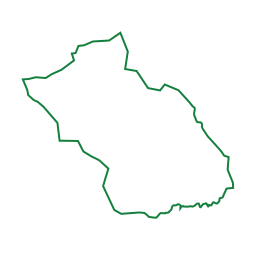 Caxir, Arhangay, Mongolia, rotated 257°
{"feature_id": "93677404B64236093980900", "entity_name": "Caxir", "entity_type": "district", "adm_level": 2, "iso_a3": "MNG", "parent_name": "Mongolia", "parent_adm1": "Arhangay", "projection": "albers", "projection_center": [98.445, 47.977], "detail": "fine", "context": "isolated", "style": "outline", "palette": "green", "viewbox_px": 256, "rotation_deg": 257, "n_neighbors": 0, "source": "geoboundaries", "source_scale": "gbopen_adm2", "svg_char_len": 2193}
<svg xmlns="http://www.w3.org/2000/svg" viewBox="0 0 256 256"><g transform="rotate(257 128 128)"><path d="M220.2,113.2L218.5,103.9L219.1,98.2L212.8,93.7L213.2,90.0L206.0,90.6L199.7,76.3L197.6,65.8L195.2,59.1L198.2,49.5L198.1,42.3L199.0,36.5L187.7,38.4L182.5,38.2L176.5,42.4L173.7,46.0L167.6,50.5L160.6,54.2L148.9,60.4L131.0,58.5L128.7,68.0L126.6,76.3L123.6,77.1L122.1,77.5L120.8,77.8L120.7,77.8L115.1,79.3L111.0,83.5L108.4,86.1L106.8,88.2L103.1,92.6L102.9,92.7L102.6,93.0L92.9,99.7L88.7,97.4L85.2,95.3L77.0,90.7L71.7,91.8L59.6,94.4L58.8,94.5L58.2,94.7L56.8,95.0L51.2,96.2L45.9,102.1L44.1,113.7L43.2,119.7L42.3,122.6L41.6,124.8L39.9,126.3L36.7,128.4L35.3,131.9L34.2,135.3L35.7,137.6L36.6,138.7L37.5,139.9L37.7,140.6L37.6,141.2L36.5,145.1L36.9,145.7L36.9,146.1L36.6,147.1L36.5,148.0L36.8,149.0L37.2,149.5L37.6,149.7L38.2,151.2L38.8,151.8L39.5,152.4L40.9,152.9L41.8,153.8L42.4,154.8L42.4,155.2L42.2,155.8L41.9,156.8L41.9,157.5L42.4,159.0L42.2,160.2L41.6,161.1L40.8,161.7L39.5,161.4L38.0,161.0L39.0,162.1L39.6,163.5L39.6,164.1L39.0,164.6L38.8,164.9L38.6,165.8L38.4,166.8L38.0,168.0L37.7,170.5L37.7,171.5L37.0,172.9L36.9,173.1L37.2,175.3L38.0,176.7L38.7,178.1L38.7,179.2L38.4,180.0L36.1,180.2L35.0,180.3L34.6,180.6L34.5,181.0L35.2,181.8L36.0,182.9L36.8,183.8L37.0,184.8L36.8,185.8L37.1,186.6L37.0,187.2L36.5,187.6L35.7,187.8L34.7,188.0L33.7,188.3L33.5,188.6L33.9,189.0L34.6,189.3L34.9,189.7L34.8,190.1L34.3,190.7L33.9,191.2L33.9,191.7L34.9,192.8L35.5,193.3L36.2,193.9L36.4,194.2L36.4,194.7L35.9,195.3L34.8,196.7L34.4,197.7L34.9,198.9L35.9,200.1L36.8,200.8L38.0,201.1L38.7,201.4L39.0,201.9L39.0,203.0L38.9,203.4L39.0,204.2L39.7,205.2L40.2,205.5L40.7,205.7L46.8,210.4L46.0,217.0L51.2,217.9L65.0,215.7L77.0,219.5L79.4,215.5L84.5,213.5L92.2,209.3L101.8,203.9L110.4,200.6L112.7,200.3L113.7,200.8L114.6,200.9L115.9,200.8L116.6,200.6L117.1,200.1L117.3,199.4L117.8,197.7L118.1,197.0L118.4,196.6L119.8,196.3L120.6,196.1L121.4,196.0L123.5,195.7L125.4,195.4L127.5,195.7L129.7,196.7L131.7,197.4L132.8,197.4L134.7,195.8L139.9,193.3L153.4,185.7L162.1,173.6L157.4,167.7L162.4,156.5L181.6,149.2L186.1,138.5L202.5,145.0L222.5,142.0L217.5,129.3L220.2,113.2Z" fill="none" stroke="#15803d" stroke-width="2"/></g></svg>